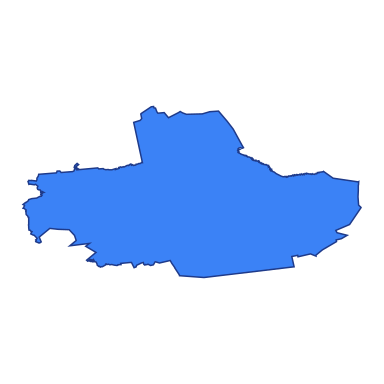 the district of Ropažu pag., Ropazu, Latvia
{"feature_id": "27541924B37788999890601", "entity_name": "Ropažu pag.", "entity_type": "district", "adm_level": 2, "iso_a3": "LVA", "parent_name": "Latvia", "parent_adm1": "Ropazu", "projection": "robinson", "projection_center": [24.589, 56.979], "detail": "fine", "context": "isolated", "style": "filled", "palette": "blue", "viewbox_px": 384, "rotation_deg": 0, "n_neighbors": 0, "source": "geoboundaries", "source_scale": "gbopen_adm2", "svg_char_len": 5869}
<svg xmlns="http://www.w3.org/2000/svg" viewBox="0 0 384 384"><path d="M180.2,111.5L178.7,112.5L168.5,117.7L164.2,112.6L157.9,113.2L156.8,111.7L155.5,108.1L154.0,107.9L153.6,106.5L151.2,106.8L141.2,113.5L140.8,114.0L141.7,118.6L140.2,120.4L133.7,122.4L142.4,162.6L141.5,162.5L141.3,162.8L140.1,163.6L139.5,163.6L139.1,163.4L137.8,164.0L137.7,164.2L136.1,164.2L136.0,164.8L135.8,164.9L134.9,165.3L134.2,165.1L133.7,165.5L133.2,165.4L132.6,164.7L131.5,165.3L131.2,164.8L131.4,164.5L131.1,164.1L130.3,164.1L128.8,165.5L128.5,165.5L128.4,165.2L126.9,165.5L124.3,166.9L123.7,167.0L123.3,166.7L121.4,167.4L120.8,166.9L118.7,167.5L119.1,168.4L115.9,169.4L115.6,169.5L115.8,168.6L111.8,169.8L109.0,169.8L108.2,169.5L105.8,169.7L103.6,169.1L103.2,168.6L98.8,168.9L97.8,167.9L77.2,169.8L77.4,169.4L76.5,169.2L76.6,168.9L76.0,169.0L77.2,168.5L76.7,168.4L77.1,168.1L76.3,167.6L76.3,167.3L76.1,167.1L76.1,166.7L78.6,164.6L77.1,163.4L74.8,165.5L74.2,167.4L75.3,168.0L75.0,168.7L74.4,169.2L74.5,169.6L74.0,170.9L72.6,171.6L61.1,172.5L59.8,171.0L57.1,171.1L56.6,172.6L56.3,172.9L38.7,174.3L38.3,176.1L36.9,178.2L37.0,179.5L36.3,181.0L31.4,180.4L31.3,180.6L28.8,180.4L28.7,181.0L28.0,181.4L28.9,184.4L29.9,184.1L34.4,184.8L35.5,184.3L37.9,186.2L37.2,187.9L37.7,189.3L38.6,189.8L40.1,189.9L40.6,191.0L40.7,192.6L41.2,192.7L41.6,192.5L41.5,191.5L41.8,191.3L43.8,192.4L42.4,192.7L42.1,193.0L42.3,193.4L40.7,194.3L40.7,194.5L41.2,195.2L42.0,195.3L41.3,196.3L39.6,196.5L36.6,198.1L31.8,198.6L28.7,199.6L28.3,200.7L25.8,202.7L25.5,202.5L23.0,204.5L24.5,205.3L24.5,205.8L23.1,208.3L24.5,208.5L25.5,209.9L26.1,210.0L25.8,211.4L26.1,211.4L26.0,212.8L26.2,214.6L27.6,215.9L28.3,217.5L28.7,217.5L28.7,224.6L28.5,224.8L28.7,226.5L28.7,227.8L29.0,230.1L30.3,230.3L30.7,231.1L32.0,231.7L31.1,232.9L30.8,233.9L33.0,235.0L34.2,235.3L37.1,238.3L36.7,239.1L35.9,239.7L36.3,240.0L36.2,240.6L35.6,241.1L35.8,241.7L38.0,242.6L38.9,242.7L38.9,242.9L39.8,242.9L41.2,241.9L39.2,237.1L49.8,228.4L58.1,229.3L69.2,229.7L74.5,235.4L76.2,240.5L69.8,245.8L89.5,243.4L85.7,246.3L96.0,252.4L86.6,260.2L87.7,261.2L89.3,260.2L89.7,259.4L92.2,259.9L92.8,259.9L93.4,259.4L93.9,260.3L90.4,259.8L88.8,260.7L89.2,261.1L89.9,260.8L90.6,261.5L91.1,261.4L92.1,261.4L92.3,261.8L94.7,261.7L95.8,261.9L96.3,262.4L96.7,263.3L97.1,264.1L97.1,264.9L97.2,265.1L98.7,266.4L99.1,266.2L100.2,266.7L100.3,267.1L101.3,266.7L102.4,266.7L105.6,264.9L105.7,264.1L106.1,263.9L107.0,264.5L108.6,264.2L109.8,264.8L111.8,264.5L114.1,265.1L117.0,265.5L117.9,265.2L118.0,264.7L121.0,264.6L120.7,263.4L130.0,262.5L131.5,262.5L134.1,267.7L136.1,266.9L136.6,265.3L141.6,262.9L142.5,262.7L143.3,262.5L143.8,264.3L144.9,265.1L145.6,264.5L146.8,264.7L148.0,264.2L150.6,265.5L153.4,264.8L155.0,262.0L155.4,261.8L159.5,263.0L170.2,260.5L171.9,263.5L174.8,267.6L174.7,267.8L179.4,275.0L179.5,275.7L204.0,277.5L294.1,266.8L291.8,256.5L297.7,255.3L298.0,256.8L310.5,253.9L316.0,256.1L315.9,255.2L322.5,249.8L336.5,241.6L336.2,239.9L341.4,238.7L347.2,235.3L337.0,232.7L335.8,230.4L349.6,224.5L361.0,207.7L360.7,207.4L360.8,207.2L358.6,205.1L358.0,196.8L358.3,190.6L358.3,185.3L358.5,184.9L358.7,181.6L358.2,181.9L333.1,178.2L323.5,171.4L323.3,171.7L317.9,172.5L318.1,172.7L317.8,172.7L316.9,173.6L316.2,173.5L316.2,173.8L314.3,174.1L314.3,174.3L313.2,174.1L312.0,174.3L311.8,174.2L311.7,174.4L311.4,174.3L311.5,174.1L311.0,174.3L310.7,174.2L310.6,173.9L308.8,174.0L307.8,173.5L307.4,173.7L306.8,173.7L306.7,173.5L306.4,173.9L306.0,173.5L305.5,173.7L305.1,173.5L304.8,174.0L303.8,173.9L303.8,174.3L303.5,174.0L303.0,174.1L302.8,174.5L302.7,174.3L301.4,174.4L301.3,174.2L301.1,174.5L300.8,174.4L300.9,174.6L300.5,174.8L300.3,174.6L300.1,174.9L299.6,174.5L298.1,174.9L297.7,174.7L297.2,174.6L297.1,174.8L296.7,174.6L296.5,175.0L296.2,174.9L296.4,175.1L296.0,175.1L296.0,174.9L295.6,175.0L294.8,174.8L294.8,175.1L294.4,175.2L293.7,175.1L293.9,175.4L293.2,175.2L293.0,175.3L293.0,175.5L292.7,175.2L292.4,175.5L291.4,175.7L291.4,176.0L290.7,175.8L290.4,176.1L290.1,176.1L288.8,175.9L288.5,176.1L288.5,176.3L287.8,176.4L287.5,176.6L287.3,176.7L287.4,177.0L286.7,176.9L286.9,176.6L286.7,176.5L285.9,176.5L285.7,176.6L285.8,176.9L285.3,176.7L284.9,176.4L284.2,176.8L283.6,176.7L283.2,176.8L281.3,176.2L276.1,173.6L274.3,172.1L272.8,171.6L272.5,171.1L271.5,171.0L271.6,170.6L270.9,170.9L270.8,170.7L271.2,170.4L271.3,169.9L271.0,170.1L270.7,169.9L270.5,170.3L270.1,169.9L270.3,169.6L269.8,169.3L270.2,168.3L270.6,168.5L270.4,168.2L269.7,168.0L269.6,167.5L269.4,167.3L269.6,167.3L269.2,167.2L269.1,166.8L268.9,166.9L269.0,166.7L268.8,166.6L269.0,166.5L268.4,166.0L268.6,165.9L268.3,165.6L268.4,165.4L266.4,165.0L266.5,164.8L266.3,164.7L266.6,164.4L265.9,164.6L264.0,164.6L263.7,164.1L263.2,164.2L263.1,163.9L263.2,163.7L262.6,163.4L262.4,163.5L262.4,163.9L261.4,163.8L261.0,163.4L260.7,163.1L260.8,162.9L260.4,163.0L259.8,162.2L259.8,162.5L259.5,162.4L259.7,162.6L259.4,162.6L259.3,162.3L259.4,162.1L259.1,162.0L259.1,161.8L258.7,161.9L258.7,161.6L258.2,161.3L257.9,161.3L257.8,161.2L258.4,161.2L258.5,160.8L257.7,160.9L257.6,160.5L257.5,161.0L257.2,161.1L256.4,161.0L256.0,160.3L255.3,160.9L254.7,160.6L254.7,160.3L253.7,160.5L253.1,160.2L253.2,159.9L252.9,159.7L252.4,159.9L252.1,159.6L252.7,159.2L251.9,158.8L252.6,158.5L252.3,158.2L252.1,158.6L251.6,158.2L251.1,158.2L251.0,157.6L250.4,157.6L248.9,156.9L247.7,157.0L247.0,156.1L246.7,156.4L246.4,156.2L246.3,155.7L245.9,155.9L245.2,155.4L244.8,155.7L244.3,155.5L244.4,155.4L244.1,155.4L244.0,155.1L243.7,155.1L242.7,154.6L242.2,154.7L241.2,154.1L240.8,154.1L240.5,153.7L239.1,153.1L239.1,152.8L238.5,152.6L238.9,152.0L238.0,151.9L238.3,151.0L237.8,150.5L239.3,149.7L238.0,149.6L238.0,148.9L238.8,148.1L240.4,147.6L241.2,148.1L242.5,148.2L243.5,147.7L242.1,145.4L233.2,129.1L227.1,121.2L218.5,111.1L209.8,111.7L202.3,113.9L186.4,114.3L182.4,112.8L180.2,111.5Z" fill="#3b82f6" stroke="#1e3a8a" stroke-width="1.5"/></svg>